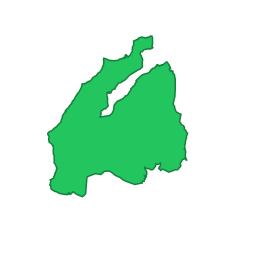 the district of Pietroasa, Bihor, Romania, rotated 120°
{"feature_id": "2599482B17260898829411", "entity_name": "Pietroasa", "entity_type": "district", "adm_level": 2, "iso_a3": "ROU", "parent_name": "Romania", "parent_adm1": "Bihor", "projection": "robinson", "projection_center": [22.598, 46.593], "detail": "fine", "context": "isolated", "style": "filled", "palette": "green", "viewbox_px": 256, "rotation_deg": 120, "n_neighbors": 0, "source": "geoboundaries", "source_scale": "gbopen_adm2", "svg_char_len": 5824}
<svg xmlns="http://www.w3.org/2000/svg" viewBox="0 0 256 256"><g transform="rotate(120 128 128)"><path d="M162.8,190.5L163.6,191.1L164.4,191.4L165.4,192.0L166.3,192.0L167.5,192.3L168.6,192.8L170.4,194.2L172.0,194.8L172.9,194.7L173.9,193.9L174.7,192.2L177.3,191.1L178.3,190.4L179.7,189.1L180.0,186.4L180.4,185.3L181.1,184.2L180.8,183.9L181.4,183.7L181.9,183.1L183.2,182.2L184.0,182.0L186.4,180.6L187.7,179.7L189.4,177.6L190.9,177.1L192.1,176.2L195.3,174.4L196.0,172.5L197.6,170.5L198.3,169.2L200.0,169.3L200.6,168.8L201.1,168.6L202.6,168.8L203.4,168.2L203.9,168.6L204.9,168.1L207.7,167.8L208.7,167.4L209.4,167.7L210.1,168.3L211.9,169.4L212.3,168.5L214.3,167.7L216.5,167.2L216.3,166.3L218.6,164.7L219.4,163.8L219.5,159.9L218.9,157.2L219.0,154.9L217.1,149.3L216.2,148.4L216.2,148.1L216.4,147.8L216.3,147.5L215.1,146.6L214.4,146.6L214.1,147.1L213.5,146.8L213.6,146.4L214.5,145.8L214.6,145.0L212.9,144.1L211.7,144.1L210.8,143.7L211.1,138.7L210.3,133.1L207.8,132.2L206.0,131.9L191.2,138.9L189.5,138.1L183.8,133.4L181.8,128.2L177.1,126.6L174.7,122.7L174.6,119.9L175.4,115.4L174.8,109.9L175.4,106.9L175.0,102.2L173.5,93.9L168.5,88.2L167.3,88.9L166.0,87.4L165.7,87.7L165.1,87.9L164.2,87.9L163.8,87.7L163.5,88.1L163.3,87.7L162.7,88.2L161.9,88.4L161.6,88.9L161.6,87.9L161.4,87.7L161.0,87.7L160.8,88.1L161.1,89.4L161.0,89.6L160.6,89.5L159.7,88.5L159.1,88.4L156.7,89.8L154.6,93.3L153.7,93.9L153.5,93.0L153.7,92.0L153.6,91.0L152.5,89.3L152.9,88.2L152.7,87.3L152.2,86.3L150.5,85.3L149.2,85.5L147.6,85.0L145.4,86.0L145.4,85.2L144.1,83.4L142.9,83.0L142.2,82.4L143.3,81.4L144.7,81.2L146.0,81.3L146.2,80.9L147.5,81.3L148.0,80.2L147.7,79.8L148.4,78.4L146.5,77.6L146.2,76.7L145.8,70.6L141.6,67.0L140.5,66.3L139.7,64.5L138.9,64.0L137.9,63.8L137.3,63.9L136.7,63.6L135.5,63.5L135.2,63.2L133.6,63.7L133.3,64.7L132.9,65.0L131.2,65.1L130.5,64.8L129.9,65.1L128.0,64.9L127.0,64.2L126.2,63.9L126.6,61.9L126.6,61.4L126.4,61.2L125.6,62.5L125.0,62.8L124.5,63.7L123.0,64.8L121.5,65.5L120.4,65.7L119.8,66.1L117.6,68.2L118.0,68.6L116.8,68.9L114.7,70.2L113.0,70.5L111.8,71.0L111.3,71.4L108.8,72.2L107.8,72.2L105.7,73.4L104.5,73.4L102.7,73.8L102.2,75.8L101.6,76.2L101.2,76.8L101.0,78.2L100.4,78.8L99.1,79.6L98.8,79.9L98.7,80.4L98.3,81.3L98.2,82.1L98.5,83.1L98.4,83.8L98.2,84.2L97.5,84.4L96.8,86.5L89.6,89.0L89.9,90.7L89.9,94.5L88.2,96.5L88.1,96.9L86.2,98.3L85.6,99.2L85.4,100.1L84.3,101.0L79.8,102.5L77.6,103.0L70.0,106.9L61.6,111.8L61.2,112.4L59.2,113.9L58.2,115.4L58.5,116.2L58.0,116.5L57.8,116.7L56.8,117.1L56.4,117.7L56.9,118.1L56.4,118.9L57.7,119.6L56.9,121.0L56.5,121.6L55.6,121.0L55.4,121.4L54.9,121.1L53.7,122.8L53.6,123.2L52.8,123.8L52.8,124.3L52.2,125.3L51.3,127.2L51.7,127.7L52.9,128.3L53.8,128.4L54.0,128.5L54.1,128.8L56.0,129.3L56.0,129.5L56.5,129.7L56.3,130.3L56.4,130.6L57.0,130.7L58.6,131.7L58.2,132.3L58.5,132.8L58.4,133.0L58.6,133.1L58.4,134.1L59.1,134.6L59.4,134.1L60.0,133.9L60.7,134.8L61.4,134.8L61.9,135.0L62.6,134.7L62.8,134.8L63.3,135.2L63.4,135.8L63.9,136.3L65.1,136.6L65.4,137.0L65.9,137.2L66.2,137.2L66.5,136.9L67.8,137.3L69.1,137.5L69.5,137.3L74.4,141.9L76.5,142.9L82.7,144.7L83.1,144.7L83.2,144.0L83.5,143.7L85.8,144.1L87.1,143.6L88.1,143.7L88.9,144.3L92.0,144.9L92.5,145.2L93.7,144.4L95.4,144.8L99.9,144.8L100.1,144.9L101.5,146.3L103.2,146.5L106.2,147.6L107.1,148.5L109.3,149.9L109.9,150.5L113.5,151.3L114.3,151.2L114.7,151.4L115.7,151.3L117.2,150.4L119.7,149.5L121.8,149.2L123.9,149.2L127.0,150.6L127.3,151.3L132.4,157.7L129.6,158.2L126.6,159.9L125.6,159.1L123.8,158.5L123.1,158.0L123.0,157.4L122.7,157.1L121.5,156.8L121.0,156.8L120.1,156.4L118.8,156.2L116.3,158.4L112.2,160.7L110.7,162.4L108.5,163.5L107.7,163.7L107.0,163.3L107.6,162.6L107.5,162.1L106.6,162.3L106.2,162.1L107.1,161.6L106.3,160.4L105.2,160.4L102.9,160.8L101.5,159.6L100.9,158.8L98.1,159.2L96.4,158.8L94.8,158.8L93.8,158.6L92.5,157.2L91.3,156.4L90.5,156.3L88.6,154.9L86.3,154.2L81.5,153.1L72.9,148.4L71.0,147.0L67.8,146.1L63.9,148.5L61.3,149.6L60.3,150.8L60.4,151.3L59.3,152.0L58.9,152.4L58.2,154.0L57.6,154.7L55.9,155.0L54.7,153.9L52.3,153.4L50.8,151.9L50.6,151.3L49.4,150.5L49.5,150.1L48.9,149.4L48.7,148.9L48.3,148.5L48.5,148.4L47.6,147.7L47.5,147.4L47.1,147.3L46.7,146.9L46.5,147.0L46.4,146.8L45.9,146.7L45.0,148.2L43.5,148.5L40.8,150.0L37.8,151.8L36.5,153.1L37.1,154.5L38.9,155.2L39.2,155.9L39.7,156.1L39.8,156.8L40.8,157.1L41.6,157.9L41.4,158.2L41.4,158.9L42.2,160.6L42.2,161.4L43.1,162.2L43.4,162.7L44.2,163.4L45.0,163.8L45.6,163.9L45.9,163.4L46.5,163.7L46.9,164.6L48.3,165.4L50.0,166.7L51.5,165.5L52.8,164.8L53.5,164.6L55.0,164.6L56.0,164.5L56.8,163.8L57.8,163.8L58.5,163.1L59.6,162.5L61.2,162.7L63.4,162.5L66.5,163.4L66.2,163.8L65.5,166.4L65.7,166.6L66.4,166.5L66.6,166.1L66.5,165.8L67.4,165.3L67.6,165.4L67.1,165.9L67.4,166.2L67.3,166.5L68.2,166.2L68.4,165.8L69.2,165.8L69.1,166.5L69.3,167.0L69.8,167.0L69.9,167.4L70.8,167.6L71.7,168.5L71.8,169.0L72.6,169.7L72.8,170.0L74.3,170.3L75.9,172.8L76.8,173.6L77.8,176.3L78.2,176.7L78.5,176.7L79.3,182.5L79.7,183.9L81.2,183.3L81.5,182.9L82.0,182.7L82.6,182.0L85.7,180.8L88.4,180.5L88.9,180.2L89.5,180.2L90.8,179.9L91.4,180.2L93.0,180.3L93.5,180.1L94.2,180.8L95.1,181.2L97.0,181.6L98.2,181.5L99.1,182.0L99.3,182.3L102.2,183.8L102.9,183.7L103.6,183.8L103.8,183.6L105.9,184.2L106.8,184.8L107.3,184.8L107.3,185.4L108.1,185.7L108.3,186.1L111.1,187.3L111.4,187.5L111.3,188.2L112.0,188.7L112.5,189.6L112.9,189.7L114.1,189.3L114.7,188.9L115.4,188.9L117.2,188.5L119.5,188.6L120.5,188.4L121.2,188.4L122.0,188.7L122.7,188.6L123.4,189.0L123.9,188.8L125.5,188.9L126.8,189.2L128.4,188.9L129.3,189.0L130.1,188.8L132.1,189.4L132.6,189.2L132.9,189.4L134.1,189.3L134.7,189.0L136.4,189.5L141.0,189.9L141.6,190.3L144.7,190.9L144.6,190.3L144.8,189.9L145.5,189.9L147.3,190.7L149.8,190.8L151.0,190.6L151.7,190.1L155.1,189.6L156.9,189.0L157.7,189.5L161.2,190.3L162.8,190.5Z" fill="#22c55e" stroke="#15803d" stroke-width="1.5"/></g></svg>